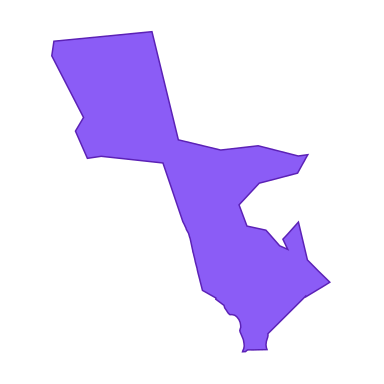 San Andrés Ixtlahuaca, Oaxaca, Mexico, rotated 87°
{"feature_id": "50627088B44383095655598", "entity_name": "San Andrés Ixtlahuaca", "entity_type": "district", "adm_level": 2, "iso_a3": "MEX", "parent_name": "Mexico", "parent_adm1": "Oaxaca", "projection": "mercator", "projection_center": [-96.838, 17.059], "detail": "fine", "context": "isolated", "style": "filled", "palette": "violet", "viewbox_px": 384, "rotation_deg": 87, "n_neighbors": 0, "source": "geoboundaries", "source_scale": "gbopen_adm2", "svg_char_len": 1693}
<svg xmlns="http://www.w3.org/2000/svg" viewBox="0 0 384 384"><g transform="rotate(87 192 192)"><path d="M48.7,324.9L111.9,296.4L125.1,305.2L152.9,294.7L151.6,280.8L155.7,255.3L161.5,219.5L186.2,212.5L221.1,202.7L224.0,201.4L226.1,200.6L227.4,200.0L229.1,199.6L232.9,197.7L233.5,197.5L237.1,196.7L238.3,196.3L250.2,194.4L252.0,194.2L253.4,193.8L255.3,193.5L258.8,192.8L262.2,192.3L268.8,190.9L269.9,190.8L273.3,190.2L279.6,188.9L281.3,188.6L281.8,188.5L286.8,187.5L290.8,186.7L299.0,173.8L299.3,173.6L300.3,173.9L306.7,166.2L306.8,166.0L309.5,165.4L310.0,165.0L310.3,164.9L311.7,164.0L314.0,162.7L315.1,162.0L315.8,161.3L316.5,160.5L316.5,160.0L316.5,159.0L316.6,158.1L316.9,157.2L317.3,155.8L317.6,155.5L317.8,155.2L318.2,154.7L318.9,153.9L319.4,153.5L320.1,153.0L320.4,152.8L320.7,152.6L321.4,152.1L321.5,152.1L321.8,151.8L322.4,151.6L322.5,151.6L323.5,151.2L324.9,150.7L327.5,150.4L329.7,150.4L330.6,150.8L331.9,151.2L332.6,151.5L334.2,151.3L338.3,149.8L341.1,148.8L342.5,148.4L345.9,148.0L348.5,147.9L351.1,148.5L353.3,149.6L354.2,149.9L354.2,146.9L352.7,145.0L352.6,143.8L352.9,139.0L353.0,134.9L353.1,131.8L353.2,128.9L353.3,126.8L353.3,125.3L351.7,125.8L350.1,126.0L348.3,126.1L344.9,125.5L341.0,124.0L339.3,123.6L337.5,123.6L302.0,84.0L302.7,83.9L291.8,63.5L289.3,59.1L283.1,64.8L277.6,69.9L267.7,78.7L265.9,80.3L227.6,87.3L239.2,98.8L243.9,103.7L254.3,99.4L250.3,107.3L238.2,116.8L234.0,120.2L228.9,138.9L207.3,145.7L186.7,124.4L185.8,119.9L179.5,89.6L179.0,87.0L178.8,86.3L178.8,86.1L178.7,85.6L170.0,80.2L166.9,78.2L164.7,76.9L160.8,74.4L161.6,84.0L149.3,123.5L151.6,161.2L139.2,202.9L29.8,223.6L34.2,322.0L48.7,324.9Z" fill="#8b5cf6" stroke="#5b21b6" stroke-width="1.5"/></g></svg>